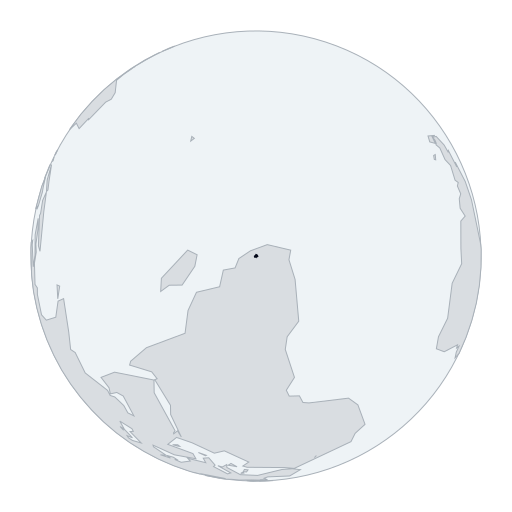 globe centered on Quthing, rotated 198°
{"feature_id": "LSO-1205", "entity_name": "Quthing", "entity_type": "District", "adm_level": 1, "iso_a3": "LSO", "parent_name": "Lesotho", "parent_adm1": "", "projection": "orthographic", "projection_center": [27.994, -30.33], "detail": "coarse", "context": "on_globe", "style": "filled", "palette": "ink", "viewbox_px": 512, "rotation_deg": 198, "n_neighbors": 0, "source": "natural_earth", "source_scale": "10m", "svg_char_len": 5007}
<svg xmlns="http://www.w3.org/2000/svg" viewBox="0 0 512 512"><g transform="rotate(198 256 256)"><circle cx="256" cy="256" r="225" fill="#eef3f6" stroke="#a8b0b8"/><path d="M32.8,225.6L32.7,226.2L35.2,220.7L35.8,226.4L35.1,232.9L36.8,230.5L36.9,233.8L47.4,223.1L55.8,223.5L57.5,235.6L54.5,256.0L61.0,290.7L58.0,312.2L63.5,326.6L72.0,352.5L69.4,358.6L76.6,364.5L80.4,373.3L80.5,378.4L86.1,384.8L86.4,388.4L90.1,389.6L98.9,402.2L106.0,406.1L114.5,415.5L119.2,417.4L119.4,418.9L121.7,421.6L124.7,423.5L121.6,425.4L111.4,419.7L105.6,414.4L105.7,415.8L92.5,402.7L95.6,406.9L80.1,391.6L68.4,376.0L46.1,336.9L43.9,331.9L38.5,314.7L34.5,297.2L31.9,279.4L30.8,261.5L31.1,243.5L32.8,225.6ZM129.5,423.3L123.2,426.0L125.5,424.0L120.2,418.5L126.0,418.2L129.5,423.3ZM116.9,407.9L114.8,403.0L116.3,403.0L118.1,406.5L116.9,407.9ZM236.4,31.6L229.6,32.6L222.7,33.6L221.6,33.4L236.4,31.6ZM463.5,168.4L472.6,194.2L474.0,199.6L473.2,201.9L472.3,197.5L464.5,176.9L466.5,188.6L472.6,207.9L474.8,224.5L471.6,214.2L469.0,199.3L466.2,191.7L464.5,180.7L457.4,160.7L454.1,158.1L452.0,151.8L441.8,133.8L435.6,130.2L427.5,135.9L430.3,151.9L425.8,156.0L410.6,125.8L403.4,109.8L398.1,108.3L382.3,92.0L355.6,82.3L351.6,78.3L346.7,78.3L335.5,72.9L329.4,67.2L322.7,66.2L339.0,81.8L346.2,83.2L351.9,79.9L355.1,85.3L365.9,92.7L354.6,101.8L314.7,106.5L310.6,94.5L279.0,64.8L279.8,62.3L279.7,62.0L279.3,61.4L276.6,65.5L271.1,60.8L288.2,78.9L291.2,87.6L314.1,107.1L312.1,108.7L319.4,113.6L342.5,113.2L342.7,117.2L331.9,134.9L299.6,160.6L303.8,183.2L301.4,203.1L281.1,215.5L282.7,232.5L272.2,238.2L271.5,248.3L262.9,259.2L248.8,270.3L224.8,272.3L223.5,262.6L211.6,245.8L195.2,207.2L201.4,188.8L199.3,176.2L181.9,152.4L185.7,137.7L181.1,133.0L171.5,136.4L166.1,131.2L160.3,132.6L124.1,149.4L113.1,145.9L100.3,129.6L106.9,118.0L108.3,108.8L154.0,65.8L163.5,63.6L199.2,52.3L203.6,52.2L199.2,57.8L225.9,60.9L234.7,55.6L259.1,58.6L275.5,58.9L281.7,49.6L254.9,48.6L250.5,44.6L272.1,41.7L295.5,44.3L294.6,42.9L279.9,38.7L285.5,37.4L274.9,37.4L279.1,38.8L272.5,39.1L268.3,38.0L270.4,37.4L263.4,36.7L255.1,40.7L258.4,42.5L239.9,43.9L243.7,47.4L238.6,49.5L230.3,44.5L231.3,42.6L215.7,40.0L213.0,41.9L227.5,44.8L222.9,44.9L219.4,48.6L218.4,45.9L203.3,43.2L186.7,47.8L165.3,61.0L155.7,64.9L147.8,66.5L156.0,57.2L176.5,49.6L179.7,47.1L175.9,46.7L182.5,44.7L183.4,43.9L191.2,41.6L202.5,37.8L210.5,36.0L215.3,34.5L220.0,33.6L215.8,34.6L217.2,34.8L237.0,32.4L240.9,31.9L242.4,31.3L247.7,31.1L246.6,30.9L252.7,30.7L269.4,31.1L286.0,32.7L302.5,35.6L318.7,39.6L334.5,44.8L349.9,51.2L364.8,58.8L379.1,67.4L392.8,77.0L405.7,87.6L417.7,99.2L428.9,111.6L439.1,124.8L448.3,138.7L456.5,153.2L463.5,168.4ZM138.2,82.3L136.9,84.9L138.2,82.3ZM320.6,53.4L334.5,56.9L327.8,50.7L332.6,51.8L328.5,49.6L327.2,50.3L317.3,44.9L323.1,45.3L321.2,43.7L316.5,42.4L307.4,42.7L321.5,50.1L318.5,51.3L320.6,53.4ZM182.9,42.9L183.6,42.7L180.4,43.9L170.3,47.7L174.0,46.2L182.9,42.9ZM191.2,40.2L195.5,39.5L193.0,40.6L175.8,46.1L182.8,43.4L179.9,44.2L187.9,41.3L188.4,41.1L191.2,40.2ZM208.9,49.7L212.3,49.3L217.8,48.4L215.7,51.0L208.9,49.7ZM198.3,47.7L201.4,46.9L201.1,49.4L197.5,50.1L198.3,47.7ZM203.4,44.5L201.6,46.6L200.5,45.8L203.4,44.5ZM218.8,34.1L222.2,33.5L222.4,33.6L220.4,34.0L218.8,34.1ZM277.0,50.8L272.1,52.3L269.7,51.4L271.9,51.0L277.0,50.8ZM242.3,50.4L250.1,51.3L241.6,51.1L242.3,50.4ZM353.6,345.1L354.0,349.9L351.0,348.8L353.6,345.1ZM339.1,205.6L322.8,240.5L312.4,239.0L311.0,227.3L317.3,205.5L329.5,201.4L335.7,192.8L339.1,205.6ZM478.1,290.2L477.6,295.1L477.4,295.9L478.1,290.2ZM478.8,282.8L478.6,287.7L478.4,284.1L478.8,282.8ZM478.1,293.5L477.9,294.6L478.5,289.6L478.3,292.5L478.2,293.0L478.1,293.5ZM478.7,279.8L476.0,263.3L474.3,254.5L475.2,252.6L478.1,263.7L478.7,279.8ZM475.1,252.0L471.6,233.0L462.9,193.7L466.1,198.5L474.4,227.8L474.0,229.8L476.1,243.0L475.1,252.0ZM481.3,256.2L481.1,258.2L480.6,266.0L479.7,256.1L478.9,250.6L478.5,236.7L478.8,232.7L479.6,236.2L480.1,232.7L481.3,256.2ZM431.3,154.0L436.3,167.0L433.4,166.7L431.3,154.0ZM400.1,428.7L408.5,421.6L403.1,426.6L398.3,430.5L400.1,428.7ZM410.4,420.0L414.3,416.2L419.8,410.3L430.5,398.3L430.1,398.2L433.9,394.0L431.7,396.1L438.1,387.7L442.9,380.0L440.4,367.8L442.1,360.4L446.5,355.9L457.6,333.3L457.5,335.5L463.6,322.5L467.9,326.8L472.4,318.6L471.7,321.0L466.3,336.9L459.6,352.4L451.9,367.3L443.0,381.6L433.1,395.2L422.2,408.1L410.4,420.0ZM476.7,301.4L476.7,301.2L476.7,301.4ZM480.4,276.4L480.0,279.5L480.2,276.9L481.0,267.0L481.1,264.6L480.4,276.4Z" fill="#d9dde1" stroke="#a8b0b8" stroke-width="1"/><path d="M257.2,255.4L257.0,255.7L256.8,255.7L256.7,255.8L256.8,256.0L256.4,256.5L256.5,256.7L256.4,256.9L256.3,257.0L256.3,257.3L256.2,257.3L255.8,257.2L255.5,257.1L255.4,257.1L255.2,257.1L254.7,256.6L254.4,256.3L254.5,256.2L255.0,256.1L255.1,255.8L255.1,255.7L255.2,255.8L255.3,255.8L255.6,255.6L255.7,255.4L255.7,255.2L255.8,255.0L256.0,254.9L256.3,255.0L256.4,254.9L256.5,254.8L256.9,254.7L257.0,254.9L256.7,255.0L256.8,255.2L257.1,255.3L257.2,255.4Z" fill="#0f172a" stroke="#020617" stroke-width="1.5"/></g></svg>